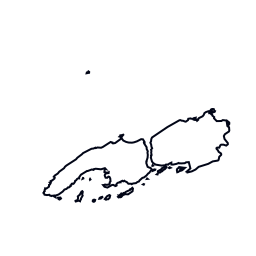 outline of Ko Lanta, Krabi, Thailand, rotated 75°
{"feature_id": "78962969B16427813486063", "entity_name": "Ko Lanta", "entity_type": "district", "adm_level": 2, "iso_a3": "THA", "parent_name": "Thailand", "parent_adm1": "Krabi", "projection": "robinson", "projection_center": [99.092, 7.662], "detail": "fine", "context": "isolated", "style": "outline", "palette": "ink", "viewbox_px": 256, "rotation_deg": 75, "n_neighbors": 0, "source": "geoboundaries", "source_scale": "gbopen_adm2", "svg_char_len": 6036}
<svg xmlns="http://www.w3.org/2000/svg" viewBox="0 0 256 256"><g transform="rotate(75 128 128)"><path d="M153.4,30.2L151.8,31.5L146.3,30.9L144.9,34.4L145.4,36.0L144.3,40.5L140.9,42.4L139.8,41.9L137.9,43.3L137.0,43.2L135.8,44.6L136.2,43.3L135.6,43.3L135.1,43.8L134.7,45.7L133.1,45.4L132.6,45.9L132.8,48.6L133.4,50.3L135.0,51.5L136.0,52.9L136.8,56.9L137.5,57.9L138.2,58.0L138.9,59.4L137.6,59.7L137.7,60.9L137.4,61.6L136.7,62.7L135.8,63.2L135.3,64.8L134.9,65.2L134.7,67.4L135.9,68.0L136.8,70.4L136.7,71.0L135.3,72.9L134.7,74.5L134.0,75.2L133.8,76.2L137.3,89.7L143.4,107.3L144.8,108.4L146.9,109.2L148.0,110.2L149.8,109.9L152.3,110.2L153.8,109.9L155.0,111.4L156.2,111.3L157.8,112.0L160.2,112.2L160.4,112.9L161.8,113.1L162.5,113.6L166.6,113.5L168.3,112.8L170.5,110.8L173.0,105.3L173.6,101.7L173.6,101.1L173.2,100.9L173.4,99.5L173.8,98.8L173.1,97.4L172.7,95.1L174.5,95.5L175.0,94.0L175.2,90.5L174.9,88.1L175.3,87.9L176.0,85.6L176.7,82.3L176.2,80.8L176.7,78.1L183.2,78.2L185.4,82.7L185.9,82.1L186.3,82.1L186.4,77.6L185.6,73.5L183.8,69.8L183.4,59.8L182.2,54.8L182.7,49.6L182.2,48.7L179.4,47.3L178.1,45.0L177.4,44.7L176.6,44.8L174.5,46.6L172.6,47.0L171.3,47.8L170.4,47.8L170.0,47.0L170.6,44.9L168.6,43.3L168.2,42.3L168.8,40.1L170.4,37.7L169.6,35.8L168.4,35.5L163.6,37.6L160.6,37.5L159.1,36.1L157.5,31.4L156.6,30.8L153.4,30.2ZM156.9,115.6L155.6,114.9L153.1,115.4L151.4,115.0L147.1,116.4L146.0,116.4L145.8,116.2L146.2,115.7L145.8,115.6L142.8,116.5L142.2,118.2L143.2,122.8L143.4,126.0L143.2,128.0L142.2,131.2L140.9,133.5L138.9,135.8L135.8,137.0L134.5,135.9L132.9,133.6L133.4,135.0L133.1,137.3L133.6,137.5L134.1,138.4L134.4,137.9L134.2,137.3L134.7,137.0L136.7,137.8L139.2,144.3L139.0,146.5L138.5,147.0L138.0,146.8L137.0,148.4L139.8,157.2L140.1,159.1L138.9,162.6L139.1,164.1L139.0,164.6L138.6,164.7L138.9,166.7L138.6,168.6L140.6,177.9L141.5,179.4L143.6,184.6L144.8,186.3L148.3,197.2L149.1,198.9L150.3,200.2L152.4,205.7L153.8,207.6L155.0,211.1L155.9,212.3L156.8,211.6L157.8,212.1L158.9,214.5L159.2,216.3L160.0,216.1L160.3,216.4L160.4,217.7L161.5,217.2L162.5,218.3L162.5,219.0L164.2,219.5L165.3,222.3L164.9,223.7L165.8,223.8L166.4,224.7L167.5,224.8L167.8,225.6L168.7,226.0L168.8,227.2L169.2,226.1L170.8,225.9L171.8,223.7L172.2,221.2L172.9,221.0L173.9,219.6L173.7,218.9L174.2,217.9L174.0,216.8L174.5,216.1L174.3,212.3L172.5,207.5L171.0,205.3L170.9,203.2L169.8,201.2L170.1,200.8L170.0,199.8L169.1,198.9L169.2,198.4L168.4,198.2L168.2,197.3L167.3,196.8L167.3,196.1L167.8,195.3L167.6,194.7L166.4,193.3L165.3,192.7L165.1,191.6L164.0,190.3L163.7,188.8L164.0,188.2L162.8,187.8L160.9,185.5L158.9,178.7L159.1,178.1L158.7,173.8L159.5,172.2L158.9,171.9L159.0,169.7L160.9,164.8L160.8,160.7L161.6,160.3L161.4,160.6L162.0,161.2L164.4,162.2L165.8,159.9L165.7,158.1L166.5,158.4L166.2,160.6L166.4,161.4L166.9,162.3L167.9,162.8L170.2,162.5L170.7,161.0L169.9,159.5L170.4,158.6L172.1,158.2L175.0,158.7L175.7,159.7L177.1,160.1L177.5,161.0L177.5,163.0L176.7,164.8L177.0,165.1L176.7,166.8L178.7,165.9L180.2,163.3L178.9,158.1L179.2,156.8L179.8,156.3L180.4,155.2L180.8,155.2L180.8,154.6L180.6,153.9L179.5,153.9L178.6,152.8L178.2,151.5L178.4,150.3L178.1,149.9L178.5,149.2L177.9,148.9L177.5,147.1L178.3,146.4L178.0,145.2L178.4,145.0L180.0,143.1L181.9,142.1L182.7,139.3L183.2,139.0L182.9,137.4L183.3,134.6L182.6,132.9L182.5,131.3L181.6,130.4L179.9,127.0L179.9,125.4L178.7,122.5L177.1,120.2L176.8,119.1L174.2,115.9L173.6,115.9L172.2,116.7L172.0,117.4L170.6,119.1L166.7,119.4L165.1,118.9L165.1,117.8L164.8,118.7L161.8,116.8L159.0,115.8L156.9,115.6ZM187.8,138.9L186.9,139.3L187.6,140.6L187.7,141.3L188.1,141.6L187.9,142.0L188.4,142.3L189.1,146.5L189.8,148.1L190.0,148.1L189.6,149.0L190.0,149.6L190.0,150.5L189.7,151.0L190.1,151.1L189.8,151.8L190.0,152.0L191.5,150.1L191.2,147.8L192.1,145.1L190.3,140.0L187.8,138.9ZM180.6,189.5L177.9,188.2L177.2,188.5L177.4,189.4L180.4,192.3L180.4,192.9L181.1,194.2L182.8,194.3L184.6,195.5L184.7,197.4L185.0,197.4L185.4,198.3L185.5,196.4L185.2,195.0L186.3,193.3L185.6,193.1L184.9,192.0L183.9,191.6L181.6,189.3L180.6,189.5ZM178.2,110.5L179.2,109.2L179.3,108.4L178.6,107.0L178.6,106.0L177.9,105.5L177.3,103.0L176.0,101.1L175.6,101.0L175.1,102.0L175.7,105.9L176.5,106.4L177.4,110.3L178.2,110.5ZM190.7,163.8L188.6,162.7L187.9,163.4L188.5,165.9L190.6,168.8L191.6,167.8L191.4,166.9L191.7,165.6L190.7,163.8ZM183.5,91.9L183.5,91.0L183.0,89.6L180.5,87.1L179.5,88.8L180.1,90.9L181.2,91.7L183.5,91.9ZM134.8,40.1L134.2,39.6L133.8,40.1L131.9,40.3L131.4,41.9L131.6,42.8L134.6,42.1L134.9,41.6L134.8,40.1ZM192.9,152.4L191.5,150.3L191.4,151.0L191.7,151.5L190.9,151.9L191.1,152.8L190.6,153.3L191.0,153.8L190.8,154.4L191.4,154.2L191.9,155.5L192.6,155.1L192.5,154.3L192.9,153.6L192.9,152.4ZM151.7,30.7L150.3,29.1L148.9,28.8L147.0,30.2L148.7,30.8L151.7,30.7ZM182.9,87.4L182.8,86.5L181.2,83.3L180.8,84.4L181.0,86.0L182.1,87.1L182.9,87.4ZM178.7,213.5L179.4,212.6L178.8,211.0L177.7,211.3L177.2,213.7L178.7,213.5ZM189.7,181.0L190.3,180.5L190.4,179.7L190.1,179.0L189.0,178.3L188.6,178.8L188.4,180.0L188.8,180.7L189.7,181.0ZM188.9,174.0L189.1,172.5L187.8,169.9L187.9,172.6L188.3,173.6L188.9,174.0ZM133.1,45.1L134.4,44.9L134.5,44.1L134.1,43.1L133.2,42.8L132.8,44.6L133.1,45.1ZM63.8,151.0L63.1,151.6L63.7,152.2L63.7,153.4L64.4,153.8L64.6,151.3L63.8,151.0ZM136.2,62.2L136.7,61.7L136.6,60.8L135.6,60.1L135.5,61.7L136.2,62.2ZM175.8,115.0L175.5,112.6L175.2,112.4L174.8,113.2L174.9,114.5L175.8,115.0ZM177.1,98.8L177.5,98.4L177.4,97.2L176.7,97.9L177.1,98.8ZM180.0,87.6L180.2,86.9L180.0,86.3L179.4,87.7L180.0,87.6ZM170.8,114.3L171.0,114.0L170.9,113.5L170.3,113.9L170.8,114.3ZM176.0,216.1L175.2,216.1L175.4,216.7L176.0,216.1ZM168.2,178.1L168.0,177.6L167.4,177.8L167.7,178.1L168.2,178.1ZM186.4,127.1L186.2,127.3L186.4,128.0L186.8,127.5L186.4,127.1ZM179.4,89.7L179.4,88.3L179.4,88.2L179.1,88.8L179.4,89.7ZM165.2,184.2L164.7,184.2L164.6,184.4L165.3,184.9L165.2,184.2ZM132.4,43.9L132.6,43.4L132.6,43.1L132.1,43.4L132.4,43.9ZM180.2,112.1L180.5,111.5L180.2,111.3L180.0,111.7L180.2,112.1ZM182.2,122.3L181.8,122.6L182.1,122.9L182.2,122.3Z" fill="none" stroke="#020617" stroke-width="2"/></g></svg>